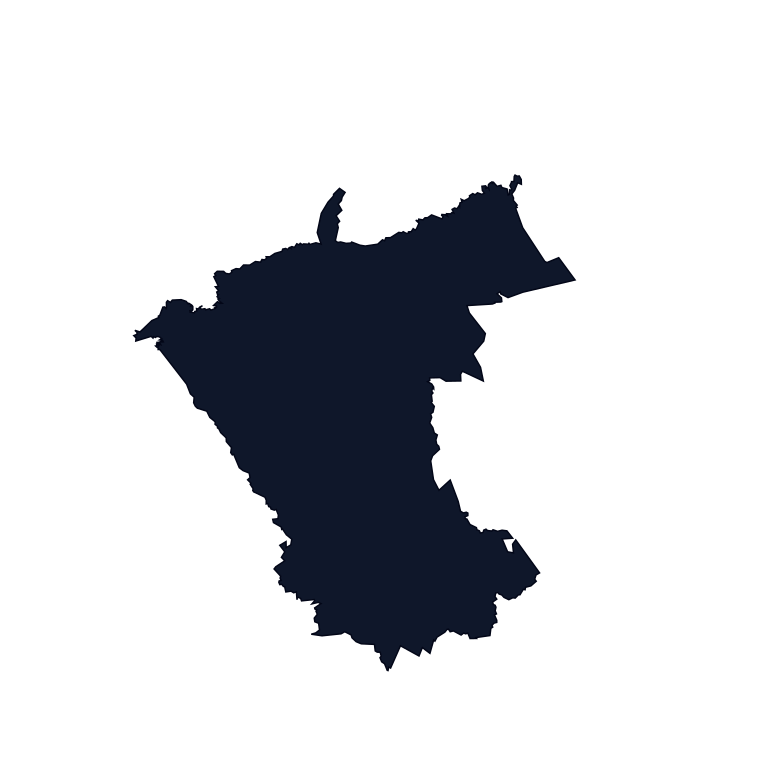 the district of La Concordia, Chiapas, Mexico, rotated 304°
{"feature_id": "50627088B57221849873163", "entity_name": "La Concordia", "entity_type": "district", "adm_level": 2, "iso_a3": "MEX", "parent_name": "Mexico", "parent_adm1": "Chiapas", "projection": "equal_earth", "projection_center": [-92.825, 15.96], "detail": "fine", "context": "isolated", "style": "filled", "palette": "ink", "viewbox_px": 768, "rotation_deg": 304, "n_neighbors": 0, "source": "geoboundaries", "source_scale": "gbopen_adm2", "svg_char_len": 6171}
<svg xmlns="http://www.w3.org/2000/svg" viewBox="0 0 768 768"><g transform="rotate(304 384 384)"><path d="M604.8,395.6L605.4,394.0L606.8,394.4L608.5,388.6L610.6,387.4L613.0,383.7L617.6,384.0L625.6,382.3L626.4,386.2L630.3,383.4L632.1,379.8L630.7,378.1L630.5,375.8L628.9,375.9L624.5,378.5L623.3,376.8L622.9,377.8L622.9,376.8L618.8,377.5L617.0,380.8L615.6,380.8L615.2,379.5L611.2,382.0L610.1,381.2L614.5,377.0L612.8,371.9L614.1,369.8L611.1,367.2L612.5,361.9L611.9,360.6L610.9,361.7L610.5,359.7L607.9,359.1L605.5,360.2L604.4,362.3L604.0,362.5L604.8,360.7L602.8,359.0L603.6,358.4L604.3,359.5L605.1,357.4L602.7,354.6L599.4,357.4L598.3,360.6L595.9,359.0L594.8,354.6L591.8,353.7L591.5,351.1L587.8,349.6L586.9,350.7L584.8,350.2L580.8,348.0L580.3,344.7L578.4,347.0L576.6,345.7L573.7,347.3L574.2,346.5L570.2,346.6L569.3,344.0L566.8,342.8L564.7,346.4L564.0,344.4L562.3,344.1L560.2,340.7L558.7,342.9L558.5,341.1L559.1,341.0L556.9,337.2L556.0,337.5L555.8,339.5L553.3,339.7L550.8,328.9L546.3,327.2L544.7,325.0L541.8,324.5L540.1,320.6L538.1,321.3L537.6,318.7L536.9,323.1L530.6,324.2L529.1,323.7L529.1,321.3L525.5,321.4L523.9,319.3L523.1,320.2L521.3,318.2L521.0,314.8L519.2,314.1L518.0,311.5L508.9,307.5L506.3,303.8L503.1,304.4L502.7,302.1L496.4,300.6L487.9,291.3L485.6,286.4L483.6,277.8L482.3,277.7L479.4,273.9L477.5,268.6L475.5,266.5L475.6,263.5L488.1,258.6L490.7,255.7L494.1,256.2L496.7,250.2L504.4,251.9L507.6,245.4L512.2,246.1L515.5,244.8L521.1,244.6L521.3,237.7L513.1,236.1L511.5,237.0L503.5,235.9L490.4,236.6L472.2,244.0L464.8,253.7L463.0,248.6L458.2,244.5L458.7,243.1L457.6,243.1L455.1,238.9L453.8,238.4L453.8,235.9L451.9,235.7L451.5,233.3L447.2,233.4L446.4,230.8L445.0,229.9L444.3,231.0L444.1,229.2L441.5,228.8L441.4,226.7L439.2,224.6L436.9,225.3L431.2,220.5L425.6,218.2L423.6,215.1L422.5,216.4L420.1,215.5L419.0,213.2L416.0,213.5L413.6,208.9L407.5,206.2L404.1,201.0L398.7,200.1L396.9,196.8L392.7,194.2L391.5,195.4L388.7,194.2L387.2,190.9L387.7,188.1L384.2,182.7L380.7,181.9L379.8,183.9L377.8,182.9L372.4,192.2L370.3,189.8L368.8,194.9L366.7,193.9L365.0,196.1L365.4,196.9L363.0,196.8L362.8,199.6L361.6,198.8L360.8,200.7L360.4,204.7L359.1,203.0L359.1,199.9L353.8,198.8L355.0,201.5L354.0,202.2L352.5,201.0L352.2,201.9L348.4,199.1L348.9,197.4L345.8,194.7L346.3,193.4L343.8,190.8L344.5,188.6L347.4,189.7L344.6,188.2L342.4,188.1L341.7,186.4L339.9,188.0L338.3,186.6L337.0,187.1L335.1,183.1L336.2,182.1L337.1,183.8L338.6,184.0L341.3,182.2L341.7,181.3L340.6,180.3L341.9,180.1L341.8,177.0L340.9,176.8L341.9,173.8L340.5,168.7L335.2,161.6L332.2,161.3L332.1,158.0L330.1,157.9L325.3,161.2L324.6,161.2L325.2,159.0L324.1,157.7L315.8,159.7L314.0,159.0L313.3,160.2L306.8,156.1L290.7,152.6L289.2,147.5L288.7,150.4L287.0,151.4L284.2,149.5L283.5,152.8L280.8,154.2L293.3,164.3L292.9,166.8L294.4,166.5L294.8,168.5L296.3,169.0L297.5,171.4L297.2,174.5L295.0,173.3L296.3,176.1L295.9,176.9L294.7,175.7L294.8,176.6L291.5,172.5L291.0,173.0L292.2,173.6L292.4,175.9L291.8,176.9L291.2,174.1L290.0,176.6L290.0,175.6L289.3,175.8L289.9,174.6L289.1,174.8L290.2,173.9L289.9,173.2L288.7,174.2L287.8,173.4L287.2,177.6L286.4,177.6L287.2,179.0L273.5,220.5L267.6,229.0L266.9,234.0L262.0,236.7L260.1,240.0L259.6,242.8L262.4,252.3L258.9,258.3L258.3,265.2L256.1,266.5L255.9,269.5L254.5,270.5L254.5,272.1L252.4,275.8L251.1,283.3L248.1,285.5L246.0,293.1L241.4,295.3L240.4,297.9L241.7,298.7L233.7,310.8L233.4,315.6L234.8,322.0L231.5,325.3L228.3,324.5L227.4,329.1L226.1,329.1L224.0,334.1L222.4,334.7L221.7,336.2L223.6,348.6L221.8,351.4L218.7,353.4L219.9,354.4L217.9,357.0L218.4,358.8L217.2,360.2L218.1,363.6L219.7,364.8L216.3,369.7L213.0,371.4L209.6,367.4L207.3,369.9L208.0,378.7L206.4,380.4L207.2,380.6L204.4,387.4L203.8,394.3L198.5,396.7L193.6,394.4L198.6,390.9L192.0,387.8L189.4,395.6L182.9,395.9L181.9,400.6L172.1,396.5L169.2,396.3L166.9,405.8L165.0,406.4L163.6,408.6L162.1,407.2L160.8,407.7L159.4,409.8L160.8,411.2L159.9,413.8L160.4,415.0L156.7,418.9L160.3,422.8L160.4,425.9L162.7,427.6L156.5,432.5L158.3,431.7L159.4,432.6L159.6,434.9L158.1,436.9L166.3,446.7L165.5,447.7L161.4,447.2L166.2,451.6L166.7,454.6L159.6,451.7L158.8,452.6L159.2,454.6L157.6,454.7L155.8,457.5L150.9,457.1L148.2,459.6L149.1,463.6L144.0,468.1L139.5,466.6L135.9,463.6L140.6,473.4L152.9,488.1L156.7,490.0L157.6,497.1L155.7,499.4L154.8,505.0L155.9,510.4L162.8,521.7L157.8,526.0L157.9,528.3L159.5,530.8L156.8,533.9L154.9,533.7L152.4,537.4L152.4,540.9L148.4,546.8L148.7,547.6L151.8,546.1L152.2,548.3L176.2,544.0L178.1,565.1L186.9,563.2L186.4,572.7L199.6,568.3L199.3,570.0L203.8,569.5L212.3,573.2L215.9,573.5L216.8,574.6L215.6,577.4L218.1,579.6L219.0,588.3L222.0,589.3L222.6,591.5L224.4,592.7L221.1,597.7L224.8,603.0L225.2,602.0L234.7,612.5L241.2,609.2L243.2,610.1L244.4,608.4L247.4,609.0L249.4,610.8L251.2,609.6L254.3,604.7L256.3,605.8L258.1,603.0L261.6,601.6L262.7,599.8L262.3,598.0L263.9,596.0L268.7,597.8L269.8,594.9L273.2,593.5L274.9,595.1L274.2,596.8L275.0,599.5L274.2,602.8L275.0,608.1L278.8,610.3L279.9,612.5L284.4,613.3L285.3,614.6L291.7,614.3L292.3,616.0L294.6,615.0L298.8,618.7L305.6,620.5L306.4,618.1L310.7,616.8L314.4,618.6L328.4,580.4L323.1,580.2L316.4,585.8L314.0,580.3L321.6,568.6L328.1,576.9L331.0,568.0L328.8,563.6L325.4,560.6L324.1,555.9L322.4,555.6L320.4,551.7L320.7,549.7L318.6,548.4L316.4,549.2L314.3,547.3L315.6,545.2L315.1,542.6L316.6,540.9L315.6,533.9L318.4,528.2L317.8,526.9L319.0,525.3L321.8,527.1L323.9,525.7L323.7,523.9L321.5,521.9L321.3,518.6L328.2,511.1L341.4,492.6L326.6,489.0L332.4,478.5L346.4,465.7L351.7,464.4L360.9,466.5L363.0,464.2L363.5,461.4L366.6,458.3L371.6,456.7L371.5,453.1L375.1,448.9L377.2,443.7L383.0,442.2L385.3,439.3L387.9,440.4L393.6,438.2L395.0,433.5L396.6,433.6L401.6,429.3L403.9,429.6L404.7,427.6L407.9,426.5L407.7,428.0L409.3,426.8L410.7,423.5L410.3,418.8L412.5,420.0L414.6,418.4L420.7,427.0L421.0,433.8L429.5,446.0L434.9,442.0L438.4,441.8L442.0,464.7L451.8,454.7L458.7,440.9L475.3,442.7L482.5,439.8L490.6,415.0L495.4,408.9L511.0,429.2L513.2,430.7L513.7,430.0L517.3,435.0L518.2,435.6L521.1,433.2L522.0,427.3L525.5,428.6L524.0,430.3L525.0,438.5L537.8,447.8L577.1,484.2L586.4,458.2L575.8,451.2L575.5,448.7L591.1,411.6L603.4,394.7L604.8,395.6Z" fill="#0f172a" stroke="#020617" stroke-width="1.5"/></g></svg>